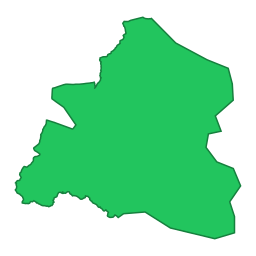 the district of Kara-Buura, Talas, Kyrgyzstan
{"feature_id": "92254566B426760339641", "entity_name": "Kara-Buura", "entity_type": "district", "adm_level": 2, "iso_a3": "KGZ", "parent_name": "Kyrgyzstan", "parent_adm1": "Talas", "projection": "equal_earth", "projection_center": [71.131, 42.476], "detail": "fine", "context": "isolated", "style": "filled", "palette": "green", "viewbox_px": 256, "rotation_deg": 0, "n_neighbors": 0, "source": "geoboundaries", "source_scale": "gbopen_adm2", "svg_char_len": 5361}
<svg xmlns="http://www.w3.org/2000/svg" viewBox="0 0 256 256"><path d="M228.2,68.3L207.1,59.8L175.7,43.0L151.4,18.4L150.4,18.8L149.9,18.8L149.4,18.7L148.4,18.9L146.7,18.7L145.6,18.6L144.0,18.0L143.0,17.3L142.7,17.3L130.8,20.3L129.9,20.7L128.3,21.5L126.7,21.5L125.8,21.5L125.3,21.5L124.4,21.5L124.2,21.4L122.8,23.3L123.3,24.5L123.6,25.2L123.7,25.5L123.8,25.9L123.8,26.1L124.0,26.2L124.2,26.4L124.4,26.6L124.5,26.9L124.7,27.2L124.8,27.6L124.9,27.8L125.0,28.2L125.1,28.7L125.1,28.8L125.3,29.4L125.4,29.8L125.4,30.0L125.4,30.5L125.4,30.9L125.6,31.4L125.7,31.9L125.9,32.5L125.8,33.0L125.9,33.6L125.3,33.9L124.7,34.3L124.2,34.5L123.7,35.0L123.2,35.5L123.3,35.8L123.4,36.0L123.7,36.3L123.8,36.7L124.0,37.1L124.0,37.4L123.6,38.1L123.5,38.3L123.4,38.5L123.3,38.9L123.1,39.2L123.0,39.3L122.1,39.8L121.2,40.2L120.1,40.7L120.0,41.5L119.9,42.2L120.1,43.5L119.5,43.8L118.9,44.3L117.7,45.0L117.4,45.2L117.0,45.6L116.9,46.0L116.7,46.4L116.3,47.2L115.9,47.6L115.7,47.7L115.4,47.9L115.3,48.0L115.1,48.5L114.7,49.3L114.1,49.7L113.9,49.9L113.6,50.4L112.2,51.3L111.4,51.7L111.1,52.0L111.1,53.1L110.9,53.3L110.5,53.6L110.4,53.7L110.2,53.7L109.9,53.7L109.7,53.8L109.2,53.9L108.9,54.1L108.6,54.2L108.3,54.3L107.8,54.7L107.2,56.3L106.4,56.7L105.3,56.7L103.0,56.8L100.0,58.0L100.0,58.5L100.1,58.9L100.2,59.1L100.0,59.3L99.9,59.4L99.7,59.6L99.7,60.0L99.8,60.4L99.9,60.5L100.2,60.8L100.3,61.2L100.5,61.2L100.7,61.4L101.0,61.7L101.0,61.9L100.9,62.1L101.0,62.4L100.9,62.5L100.9,62.8L100.7,63.0L100.8,64.0L101.2,65.7L101.0,66.6L101.3,67.1L101.1,67.4L101.2,68.4L100.9,69.9L101.0,70.0L101.0,70.3L100.8,70.5L101.0,70.8L101.2,71.2L100.2,73.4L100.4,74.2L99.9,75.4L100.1,75.7L100.3,76.3L100.2,76.9L100.5,77.3L101.0,77.5L101.1,77.9L100.6,78.5L100.4,80.4L99.6,81.3L99.3,82.0L98.6,82.5L98.1,83.2L97.6,83.3L97.0,84.6L96.7,84.9L96.6,85.4L96.5,85.5L96.3,85.7L96.0,86.2L95.9,86.6L95.6,86.8L95.5,87.1L95.2,87.2L95.1,87.4L95.1,87.7L94.9,87.8L95.2,86.4L94.7,84.9L94.8,84.4L94.8,84.0L94.6,83.3L94.3,82.6L94.2,82.2L93.8,82.3L93.1,82.6L91.2,82.8L89.6,83.1L86.2,83.4L83.6,83.8L79.3,84.2L75.8,84.2L75.1,84.3L73.2,84.5L67.3,84.2L66.0,84.2L63.3,84.8L62.6,85.1L59.9,86.0L56.6,87.1L55.8,87.4L55.1,87.7L52.8,88.2L52.6,88.4L52.4,89.2L52.1,94.0L52.0,96.2L51.9,96.8L51.9,97.9L52.0,98.8L54.2,100.4L55.9,101.7L59.9,104.5L63.8,107.3L75.9,124.9L73.7,127.9L72.8,128.9L72.5,129.0L72.3,129.0L55.0,122.7L46.9,120.1L46.5,120.2L46.2,123.7L45.8,124.5L45.3,125.7L44.6,126.3L44.1,127.0L43.8,127.7L43.7,128.2L42.8,129.4L42.8,130.6L42.4,132.0L42.1,132.4L42.0,132.9L41.6,133.4L41.5,133.6L41.0,134.2L40.8,134.5L40.7,135.3L41.0,135.7L41.0,136.2L40.7,136.8L40.6,138.5L39.7,140.8L39.8,141.4L39.3,143.1L38.7,144.0L37.6,144.9L34.8,147.1L34.0,147.6L33.7,148.3L33.8,148.8L34.2,149.6L34.6,150.5L37.3,152.1L39.8,153.9L39.9,154.6L39.6,155.1L37.2,156.4L35.0,156.6L33.7,157.6L33.4,158.2L33.4,160.5L33.0,161.5L31.6,163.0L30.9,164.2L30.4,164.7L29.5,165.1L28.7,165.6L27.5,166.8L26.7,167.1L24.2,166.5L23.2,167.5L23.2,167.8L22.7,168.3L21.9,169.7L21.4,170.9L21.3,171.8L20.0,172.9L19.7,174.8L21.2,177.5L20.2,179.0L19.7,180.3L18.9,180.6L18.2,180.5L17.3,180.7L15.5,182.9L16.4,183.5L16.1,184.6L16.7,186.4L16.5,188.2L16.0,189.2L15.4,189.7L15.4,190.1L16.3,191.3L17.2,193.0L20.0,194.3L20.4,194.9L22.5,196.6L22.8,197.8L23.3,198.3L23.5,199.7L22.2,201.9L22.3,203.0L25.7,203.6L27.1,203.4L28.1,203.7L29.6,203.2L30.3,201.9L30.9,201.5L32.4,201.8L32.8,201.6L33.5,200.9L33.8,200.7L35.8,201.9L36.5,202.9L37.1,202.6L38.5,203.8L39.8,204.2L40.5,204.7L41.8,205.4L42.9,205.7L44.4,205.7L44.8,205.7L45.4,205.9L46.7,206.2L47.7,206.1L48.7,206.7L50.0,206.3L50.8,205.5L51.7,205.6L52.0,205.5L52.3,204.9L53.0,204.1L53.0,203.5L53.1,202.6L53.8,202.4L54.0,202.2L53.9,201.9L53.8,201.7L53.4,201.1L53.0,200.6L53.0,200.3L53.3,200.2L53.7,199.8L53.9,199.4L54.0,198.5L54.2,197.9L54.4,197.6L54.6,197.6L55.5,197.3L56.6,196.8L57.0,196.3L57.5,194.8L57.8,193.9L58.6,192.7L58.9,192.5L59.5,192.3L60.7,192.4L61.5,193.0L61.9,192.7L62.4,192.1L62.7,192.0L62.8,192.7L62.5,193.0L62.4,193.2L62.6,193.4L63.0,193.4L63.5,193.3L64.1,193.0L65.1,193.3L65.8,193.1L66.4,192.5L66.6,192.4L67.6,191.7L69.1,191.8L69.5,192.5L69.8,193.3L70.2,193.8L70.4,194.1L70.9,194.1L71.4,194.5L72.0,195.3L72.4,195.8L72.5,195.9L72.9,195.8L73.5,195.6L73.9,195.6L75.9,195.9L76.7,196.2L77.6,196.7L78.3,197.3L79.5,198.1L79.9,198.7L80.7,199.2L81.3,199.2L81.7,199.2L82.4,199.0L83.7,198.1L84.2,197.9L84.7,197.9L85.2,197.5L85.5,195.9L86.8,196.3L87.0,196.3L87.9,196.3L88.6,197.1L89.1,197.6L89.8,198.2L89.7,198.8L89.7,199.5L89.8,199.7L90.5,200.3L90.9,200.8L91.3,201.1L91.5,201.2L91.8,201.2L92.2,202.1L92.6,202.5L92.8,202.8L93.4,203.2L94.0,203.3L94.9,203.8L96.6,204.6L97.2,205.6L97.4,205.8L97.7,206.0L97.8,206.3L98.2,206.9L98.4,207.0L98.9,207.3L99.5,207.3L99.8,207.3L100.1,207.1L100.4,207.8L100.9,208.2L101.7,208.5L102.2,209.2L102.4,209.4L103.2,210.5L103.6,210.8L104.1,211.0L104.9,210.7L105.8,209.9L106.0,210.0L106.7,210.9L108.4,212.3L108.0,213.1L107.8,213.9L107.6,215.0L107.4,215.6L107.6,216.2L107.9,216.3L108.5,216.8L109.2,217.1L109.8,217.4L110.0,217.4L110.6,217.4L111.9,217.3L112.6,217.2L113.3,217.0L113.9,216.4L114.0,216.3L114.3,215.8L115.0,215.0L115.7,215.5L116.4,215.7L118.2,217.5L123.6,213.7L145.1,212.0L170.4,228.0L214.8,238.7L234.5,232.8L234.5,216.6L229.7,201.8L240.6,185.9L233.3,168.5L216.8,161.9L206.0,147.4L208.4,133.9L221.1,131.2L215.3,115.9L233.2,100.2L232.3,83.9L228.2,68.3Z" fill="#22c55e" stroke="#15803d" stroke-width="1.5"/></svg>